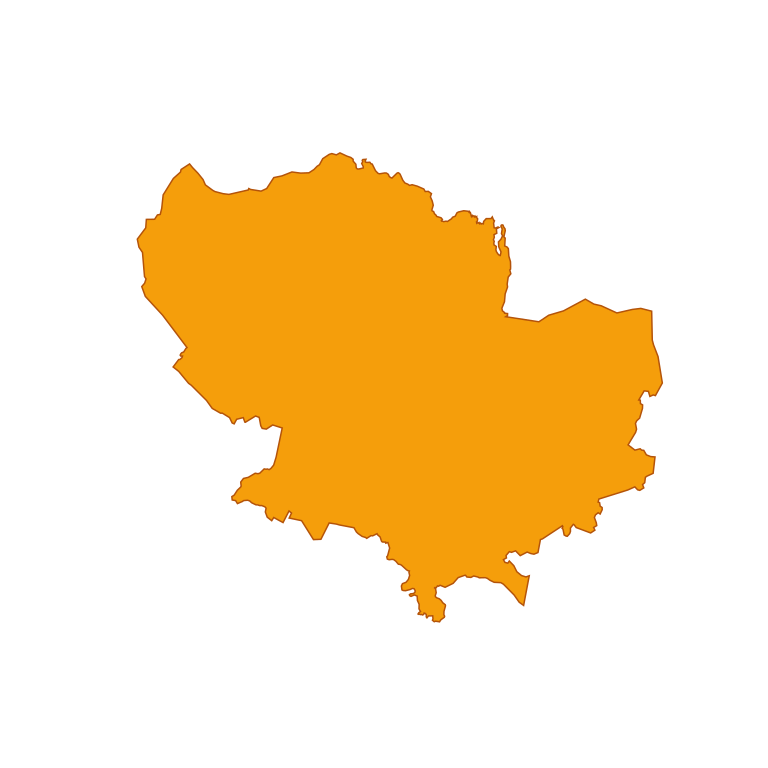 Pildas pag., Ludzas, Latvia, rotated 112°
{"feature_id": "27541924B23145226159643", "entity_name": "Pildas pag.", "entity_type": "district", "adm_level": 2, "iso_a3": "LVA", "parent_name": "Latvia", "parent_adm1": "Ludzas", "projection": "albers", "projection_center": [27.751, 56.365], "detail": "fine", "context": "isolated", "style": "filled", "palette": "amber", "viewbox_px": 768, "rotation_deg": 112, "n_neighbors": 0, "source": "geoboundaries", "source_scale": "gbopen_adm2", "svg_char_len": 6171}
<svg xmlns="http://www.w3.org/2000/svg" viewBox="0 0 768 768"><g transform="rotate(112 384 384)"><path d="M537.0,171.6L507.4,177.5L509.7,180.1L510.1,184.7L508.3,190.5L503.8,195.6L501.2,201.5L503.7,202.1L504.1,205.0L502.1,207.5L499.4,205.3L497.3,206.6L492.5,205.0L492.3,202.7L489.4,199.5L492.1,193.4L486.2,188.3L486.2,184.3L485.6,181.2L482.6,178.1L469.6,180.7L468.3,179.1L448.6,165.5L449.3,164.7L451.1,164.8L451.5,163.7L456.5,160.4L456.8,158.2L456.5,157.0L453.2,155.8L450.8,155.9L447.7,157.2L443.2,155.9L443.3,155.0L445.1,152.0L444.7,136.6L440.5,133.7L438.5,135.9L435.6,133.7L433.1,135.2L429.0,138.9L426.2,138.9L423.1,137.2L423.6,134.9L418.8,134.6L416.8,135.5L416.3,137.8L413.2,139.7L413.3,141.2L410.2,141.7L390.9,118.2L385.4,112.9L387.1,109.2L386.8,107.0L383.0,104.2L380.4,106.6L377.8,105.3L372.6,106.7L371.0,105.7L366.0,101.0L350.1,105.4L351.4,109.6L351.4,114.2L348.2,118.3L348.8,120.4L348.1,122.2L351.3,126.6L349.0,134.9L334.6,132.6L331.3,132.9L326.3,136.1L323.4,135.9L319.9,134.2L309.8,135.2L306.5,136.4L306.1,138.9L303.0,140.3L303.4,141.8L292.9,140.2L291.8,136.1L295.9,132.8L293.3,130.3L293.1,128.0L278.8,126.3L255.9,140.2L246.8,148.7L242.8,151.7L216.2,163.1L217.7,174.2L221.8,181.6L230.9,194.7L230.1,211.9L231.3,219.4L229.9,229.1L249.0,245.0L258.5,257.0L268.3,263.7L276.0,296.3L274.3,295.1L272.4,295.8L273.2,298.7L272.6,299.0L271.8,301.6L269.6,303.1L262.6,303.1L255.1,305.4L247.7,305.8L245.3,307.2L238.4,308.9L234.3,307.7L231.1,310.1L230.1,309.7L227.7,310.6L223.3,312.5L218.6,316.2L211.9,319.4L210.9,321.2L210.8,323.8L203.3,326.3L203.1,327.3L202.4,328.0L196.4,329.0L194.7,330.0L193.7,331.7L192.1,333.2L192.2,334.1L192.7,334.7L193.8,334.8L196.0,332.5L200.6,331.4L202.2,329.6L205.9,329.8L209.4,331.1L213.8,329.0L217.7,325.0L221.9,324.2L221.2,324.7L221.3,325.8L220.8,327.0L219.2,329.3L217.7,330.5L214.4,331.4L213.8,334.1L212.1,335.0L210.5,335.2L209.2,336.6L206.6,336.7L204.3,338.0L202.0,335.9L198.1,337.9L195.8,336.0L195.7,337.1L197.6,339.0L197.9,340.4L193.7,342.7L191.3,342.7L191.0,343.2L191.2,343.6L188.5,346.2L190.5,346.7L192.4,351.2L195.9,352.5L198.3,351.9L198.4,352.9L199.2,353.8L198.6,354.7L199.6,355.3L198.6,356.4L199.4,356.8L199.5,357.8L200.2,358.2L199.0,359.0L198.1,358.5L195.8,359.0L194.9,360.5L194.1,360.8L194.7,361.2L194.5,362.0L194.9,362.2L194.3,362.6L194.8,362.9L194.5,363.3L194.7,364.2L194.4,365.2L194.7,365.6L195.4,365.1L195.3,365.6L195.9,365.7L192.6,368.2L193.0,368.8L192.1,369.5L192.5,369.7L192.1,369.9L193.5,375.0L196.7,379.5L198.0,380.5L201.7,380.8L203.7,382.9L205.5,383.3L209.6,386.1L209.8,387.5L211.1,389.5L211.1,390.7L211.4,391.5L211.1,392.0L209.5,391.5L208.5,393.4L208.9,398.0L208.0,398.9L207.2,401.0L205.5,402.6L205.5,404.1L204.8,404.8L199.8,405.3L196.3,407.8L193.1,411.1L189.7,411.3L188.8,415.1L190.1,417.9L188.3,420.1L188.1,427.3L188.7,432.6L190.3,434.7L189.8,436.8L189.8,439.9L188.1,442.8L183.4,447.7L182.8,449.3L182.8,450.1L183.7,451.0L190.1,453.8L190.1,455.0L189.7,456.8L188.0,458.5L187.5,460.7L188.0,462.3L190.8,466.9L190.9,468.5L189.4,471.8L184.5,477.3L184.7,478.5L183.7,480.2L184.9,482.7L185.2,484.4L184.3,485.0L182.4,484.9L183.8,487.7L184.7,488.0L185.9,487.0L187.9,487.3L190.3,484.6L191.5,484.2L194.1,487.9L194.6,489.3L194.0,490.7L190.8,492.4L188.9,496.1L187.2,496.8L186.4,499.6L186.6,503.8L186.2,511.4L189.4,514.0L189.9,518.7L191.6,520.8L198.0,525.2L204.9,526.0L207.2,527.6L211.4,529.3L216.3,532.7L219.7,540.3L221.9,548.8L229.3,556.6L233.9,563.5L246.7,566.0L251.2,570.2L253.6,580.6L253.4,582.6L255.0,582.6L266.3,598.8L267.8,604.4L268.9,612.8L268.6,615.3L266.3,624.2L262.2,628.4L258.3,635.4L255.0,642.7L252.8,646.7L261.1,652.5L263.8,652.1L272.3,656.3L291.4,659.6L304.4,655.9L310.6,655.0L312.1,657.4L317.2,658.4L320.4,666.0L328.5,663.4L342.1,667.0L348.9,662.5L352.5,657.2L374.1,646.3L375.7,644.0L380.2,643.7L384.4,645.1L392.2,638.1L403.1,615.1L424.0,580.3L425.3,581.0L429.3,581.7L430.9,583.3L432.1,583.7L433.6,583.8L434.2,582.9L433.6,581.3L435.3,581.2L437.7,582.4L438.2,583.5L447.2,585.9L449.2,579.1L456.6,565.4L457.3,562.4L465.7,542.5L471.0,534.1L472.3,524.6L471.6,523.0L473.0,514.6L477.0,510.2L477.1,508.0L471.9,507.4L467.9,501.9L471.5,498.7L471.4,498.2L461.8,491.1L461.7,487.2L468.9,482.6L470.8,480.3L469.9,476.2L463.7,471.9L462.9,461.9L492.4,456.6L500.5,455.9L504.6,457.2L506.4,458.4L506.5,460.4L507.2,461.3L507.6,463.3L513.3,465.8L514.4,467.3L515.0,470.0L521.4,474.9L524.2,478.9L528.6,480.1L532.2,478.2L533.3,478.3L537.5,480.2L543.2,481.3L545.4,482.9L548.4,481.3L547.7,477.9L549.8,475.1L545.9,471.2L544.7,470.5L542.9,467.0L542.7,464.9L543.7,462.2L544.0,457.4L543.4,455.9L543.3,453.7L542.5,451.8L542.5,448.4L543.3,446.8L547.1,446.1L551.2,442.4L552.8,436.9L549.1,436.2L550.3,425.7L537.3,424.5L538.3,421.4L543.8,421.7L541.6,409.2L554.7,391.1L551.6,384.3L533.4,382.8L531.7,375.6L531.4,372.6L528.5,358.0L531.5,354.2L532.4,352.0L533.5,347.2L533.2,343.6L533.6,342.2L529.5,339.3L529.0,337.6L525.4,334.4L526.2,333.5L527.3,330.3L530.6,327.5L531.1,326.4L530.0,323.2L530.9,322.7L529.5,321.0L534.0,317.3L541.9,316.3L543.2,316.7L545.1,315.3L545.0,313.4L543.5,310.7L543.2,309.2L543.9,306.6L545.7,303.2L545.3,301.5L545.4,300.0L547.8,293.6L548.1,292.1L547.9,290.4L549.3,290.3L551.9,288.5L556.1,288.2L559.6,289.3L562.2,292.1L564.8,292.2L568.2,290.2L568.3,288.9L567.6,286.6L564.7,282.7L563.0,281.2L562.5,279.5L564.0,277.6L565.6,277.3L567.2,278.2L568.7,280.9L570.0,281.5L570.7,280.6L570.8,279.4L568.2,276.8L568.2,273.8L572.2,271.9L575.1,268.9L579.4,267.3L581.3,264.9L582.9,266.0L584.5,266.3L584.7,265.9L584.2,265.2L584.2,263.9L583.7,263.1L583.7,261.7L582.8,260.9L581.5,261.1L581.2,260.3L581.9,258.4L584.1,257.6L584.7,256.6L582.4,255.9L580.7,252.0L583.4,250.6L584.9,250.6L585.6,248.4L584.6,247.3L583.7,243.4L581.5,243.0L577.7,240.7L576.6,240.8L575.4,242.1L572.4,243.2L566.6,243.9L565.7,244.5L564.8,247.6L563.2,250.0L562.4,252.4L562.5,254.8L562.0,256.6L561.0,257.2L558.0,257.4L554.5,259.5L554.1,260.7L553.7,260.6L553.3,259.3L551.2,258.8L551.0,257.6L549.6,256.6L549.6,251.2L542.9,245.2L535.7,242.7L531.3,237.7L530.8,236.7L531.9,234.9L530.8,231.0L528.4,228.9L527.8,224.8L528.0,223.1L525.6,217.5L525.5,215.4L526.3,212.1L526.6,207.6L524.4,201.2L524.9,198.2L530.9,184.3L535.7,176.9L537.0,171.6Z" fill="#f59e0b" stroke="#b45309" stroke-width="1.5"/></g></svg>